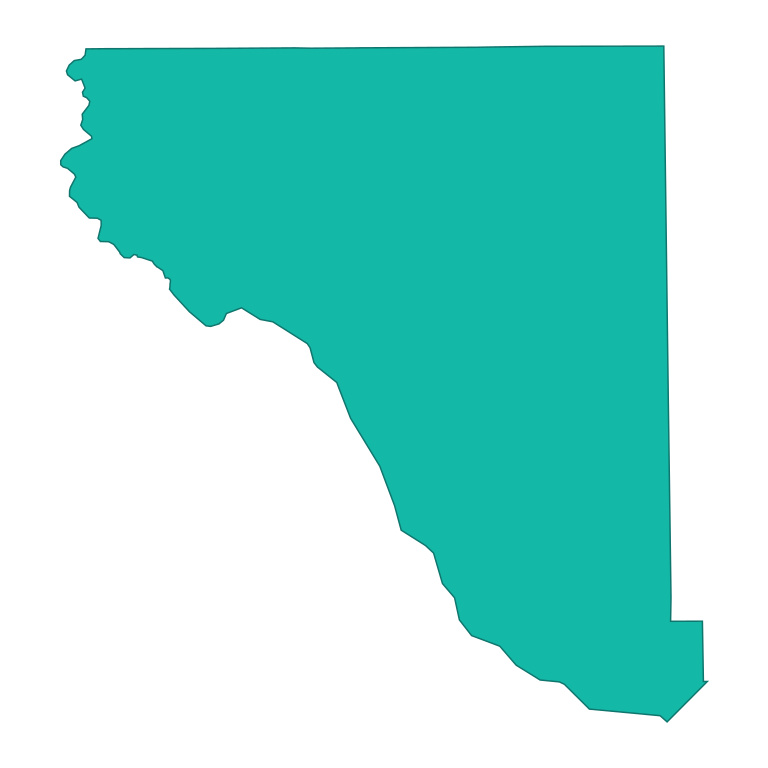 El Paso, Texas, United States of America
{"feature_id": "52423323B54521825371801", "entity_name": "El Paso", "entity_type": "district", "adm_level": 2, "iso_a3": "USA", "parent_name": "United States of America", "parent_adm1": "Texas", "projection": "albers", "projection_center": [-106.454, 31.695], "detail": "fine", "context": "isolated", "style": "filled", "palette": "teal", "viewbox_px": 768, "rotation_deg": 0, "n_neighbors": 0, "source": "geoboundaries", "source_scale": "gbopen_adm2", "svg_char_len": 1658}
<svg xmlns="http://www.w3.org/2000/svg" viewBox="0 0 768 768"><path d="M310.7,48.2L294.8,47.9L213.9,48.4L136.5,48.6L119.3,48.7L106.1,48.7L86.0,48.9L85.1,55.2L81.3,59.3L74.2,60.6L69.2,65.1L66.4,71.0L67.6,74.8L75.1,80.9L81.6,79.1L85.1,88.1L82.5,92.2L83.3,96.2L86.7,97.7L89.8,101.3L88.9,105.4L82.2,114.2L82.7,119.5L80.8,125.2L83.5,129.5L91.5,136.2L91.9,138.7L78.9,145.8L71.7,148.4L65.0,154.1L60.7,160.6L60.8,164.8L63.1,166.9L67.5,168.3L74.4,174.1L75.8,177.1L70.5,187.2L69.6,190.5L69.5,196.3L77.1,202.5L79.0,207.2L82.6,211.0L89.3,218.0L97.5,218.2L98.1,218.6L101.1,220.3L101.2,225.5L98.0,238.4L100.4,241.5L108.7,241.7L113.2,244.1L114.1,244.8L119.6,252.0L120.3,253.8L124.2,257.6L130.0,257.9L133.9,254.5L137.0,255.2L137.5,256.9L141.7,257.6L152.3,261.1L152.8,261.9L153.9,263.6L154.5,264.4L156.9,266.8L157.0,266.7L162.8,270.6L163.3,271.8L163.4,272.3L163.8,273.4L165.4,278.0L165.9,278.0L167.8,277.8L170.2,279.5L170.3,280.3L170.5,281.0L170.1,283.4L170.0,285.6L169.9,287.6L169.5,289.1L174.2,295.2L189.4,311.7L206.0,325.8L210.6,326.4L219.0,323.9L223.5,320.2L226.4,313.5L241.5,307.8L241.8,308.0L260.1,319.4L272.8,321.8L307.3,343.6L310.1,347.8L314.0,362.6L317.5,367.1L336.8,382.5L339.1,388.6L347.6,410.5L350.6,418.3L379.8,466.2L394.6,505.7L401.2,530.2L425.6,545.6L433.6,553.1L442.5,583.6L454.6,597.8L459.4,619.9L471.6,635.6L499.8,646.2L516.2,665.2L540.1,680.0L559.4,681.9L564.4,684.3L589.4,709.1L660.1,715.7L667.1,721.9L707.3,681.5L703.4,681.5L702.4,621.2L670.6,621.3L671.0,597.5L668.3,400.3L663.8,46.1L614.9,46.2L545.0,46.3L492.6,47.0L475.0,47.3L470.2,47.3L370.2,47.8L360.7,47.8L358.3,47.9L311.0,48.2L310.7,48.2Z" fill="#14b8a6" stroke="#0f766e" stroke-width="1.5"/></svg>